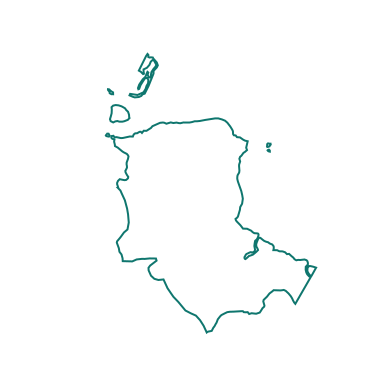 Ngermid, Koror, Palau (Albers equal-area conic projection), rotated 336°
{"feature_id": "81905179B43507284949030", "entity_name": "Ngermid", "entity_type": "district", "adm_level": 2, "iso_a3": "PLW", "parent_name": "Palau", "parent_adm1": "Koror", "projection": "albers", "projection_center": [134.502, 7.348], "detail": "fine", "context": "isolated", "style": "outline", "palette": "teal", "viewbox_px": 384, "rotation_deg": 336, "n_neighbors": 0, "source": "geoboundaries", "source_scale": "gbopen_adm2", "svg_char_len": 5391}
<svg xmlns="http://www.w3.org/2000/svg" viewBox="0 0 384 384"><g transform="rotate(336 192 192)"><path d="M148.3,326.3L148.6,326.2L149.9,326.1L153.5,326.9L156.4,324.6L157.8,323.9L160.0,322.2L161.2,321.4L163.8,318.8L167.2,317.0L168.8,316.4L172.4,316.2L175.3,316.1L178.2,316.9L180.5,317.9L188.7,321.0L190.0,321.6L190.4,322.8L191.7,323.5L192.3,323.8L194.0,324.4L194.6,326.7L197.2,327.0L198.5,327.8L201.1,329.3L204.8,329.7L206.6,328.6L209.2,326.8L211.3,326.1L212.0,325.2L212.6,321.0L213.6,319.7L218.0,318.1L220.2,316.9L221.6,316.2L225.1,315.4L226.6,314.9L232.8,317.9L234.4,318.4L236.0,318.8L237.4,320.4L238.9,323.9L239.9,327.5L240.2,330.0L240.2,332.1L240.4,334.5L240.9,336.2L266.0,317.9L264.7,316.8L263.8,314.1L263.7,312.0L264.2,309.3L265.5,306.6L268.3,305.4L269.0,304.1L269.3,302.2L268.9,300.9L267.3,299.4L263.1,298.1L261.4,297.2L259.5,296.8L258.3,295.1L257.9,293.2L256.8,291.0L255.5,288.0L253.5,287.4L252.5,284.9L250.6,283.1L247.7,281.7L246.1,279.8L242.7,278.2L243.9,276.5L244.5,274.8L244.0,272.6L242.0,270.6L241.1,268.9L239.4,267.5L238.1,266.1L237.1,264.3L235.8,261.7L234.6,261.1L233.2,261.9L230.6,264.4L229.6,265.6L229.1,266.4L228.6,268.2L228.8,269.8L228.8,271.1L228.7,271.9L226.7,272.7L224.0,273.5L222.1,274.0L219.3,273.8L218.1,273.6L216.1,274.3L214.5,274.8L213.5,275.0L213.1,274.5L213.1,273.6L213.5,272.8L214.4,272.2L215.6,271.2L216.6,270.8L218.1,270.8L220.0,270.7L221.4,270.9L221.9,271.6L223.0,271.8L224.5,271.8L225.3,271.3L226.2,270.3L226.5,268.8L227.0,266.7L228.3,264.5L229.7,262.4L230.5,262.0L231.2,262.0L231.9,261.6L232.9,261.0L234.5,259.4L234.7,259.2L234.9,258.9L235.2,258.4L235.5,257.9L235.5,257.0L235.0,256.5L233.6,255.7L232.2,255.0L231.1,253.4L230.3,251.4L227.4,248.0L223.7,246.2L222.7,242.0L220.9,237.1L220.6,235.7L220.8,234.3L222.8,233.8L224.0,233.1L228.5,227.8L229.9,225.4L233.0,223.1L235.7,218.8L236.6,215.3L237.4,211.2L238.2,201.1L238.7,198.4L239.5,196.7L240.4,195.3L243.0,193.4L244.0,191.8L245.6,187.3L246.3,186.0L248.4,183.7L248.8,180.9L250.3,179.4L251.8,179.0L253.7,177.9L254.9,177.2L256.7,176.9L259.3,176.1L259.5,173.6L263.5,168.3L261.3,166.6L260.1,165.1L258.0,161.6L255.4,160.2L254.9,158.1L253.3,157.2L253.1,155.8L254.1,153.1L254.1,151.4L253.6,147.7L252.5,143.1L251.2,140.3L248.9,137.9L246.0,135.5L243.2,134.2L233.2,131.5L228.0,130.3L225.6,129.5L223.3,128.5L220.4,128.1L217.9,127.5L212.4,125.0L209.3,124.4L208.0,123.7L206.1,122.3L203.0,121.4L200.9,119.8L196.4,119.2L194.9,117.5L193.7,116.7L190.9,115.8L182.6,115.8L180.6,116.8L175.3,117.6L172.8,116.4L170.3,117.7L169.7,116.1L168.5,115.7L165.7,116.0L164.0,115.3L162.2,115.7L160.5,117.3L157.8,116.0L150.7,114.5L148.9,113.8L145.4,111.2L143.4,110.5L143.1,108.7L141.3,108.2L140.4,109.6L140.8,110.9L142.5,112.5L141.3,114.4L140.8,117.3L140.3,118.7L142.2,121.2L144.8,126.5L145.7,127.9L147.9,130.6L148.4,132.1L148.5,133.6L147.0,135.7L144.3,138.5L143.5,140.1L143.1,141.8L142.5,143.3L141.0,144.6L139.7,145.6L139.3,147.0L139.5,150.0L139.9,152.3L139.0,153.5L136.8,154.2L135.3,153.8L133.8,152.8L131.2,150.9L129.0,151.7L127.4,153.1L126.8,154.3L126.4,158.0L125.9,157.9L127.2,161.5L127.2,164.8L127.3,172.3L126.2,179.2L126.0,180.6L124.5,186.4L121.8,194.2L117.8,200.0L113.4,201.3L108.9,203.9L107.0,204.9L103.5,206.6L102.7,207.7L102.3,213.6L101.4,217.1L102.2,220.4L101.6,224.3L100.6,227.0L109.2,231.1L114.0,231.1L119.0,232.7L121.6,233.9L126.4,235.5L132.0,238.1L131.7,240.3L123.8,242.2L121.4,243.6L120.5,246.0L120.5,251.8L122.3,256.0L125.5,258.7L130.4,260.3L130.5,269.9L131.6,276.0L132.4,280.2L134.8,286.9L137.8,297.6L141.8,302.6L145.3,306.5L147.2,312.3L148.2,318.9L148.3,325.4L148.3,326.3ZM162.5,85.1L160.2,83.0L157.6,81.5L155.1,81.0L153.0,81.8L152.3,84.0L150.6,87.4L148.6,89.9L146.7,92.1L146.5,94.2L148.3,96.4L150.6,96.3L152.7,96.8L153.9,97.9L154.4,98.3L156.9,99.4L158.9,99.8L162.7,100.0L165.0,99.0L164.9,98.5L165.9,95.8L166.2,92.7L165.2,90.2L164.9,88.4L163.8,86.8L162.5,85.1ZM207.5,47.8L205.4,49.1L192.8,59.5L193.3,60.2L194.2,61.4L194.7,62.9L195.3,64.4L196.2,64.4L196.8,62.2L197.6,60.3L201.3,60.2L204.8,58.6L207.3,56.2L209.6,55.4L210.3,55.4L210.8,57.0L211.0,59.5L211.1,61.5L209.3,62.8L206.9,63.9L203.8,65.9L202.2,68.1L201.5,69.6L200.1,70.3L199.2,69.6L199.2,66.8L200.7,65.1L200.2,64.1L198.5,65.6L197.2,67.0L195.9,68.0L192.9,69.0L187.5,72.4L184.9,75.1L184.8,76.3L185.7,76.3L188.4,73.5L192.4,70.8L195.3,69.0L197.3,69.5L197.8,71.7L196.1,74.8L193.6,76.6L191.5,79.0L189.0,80.7L188.1,81.2L181.7,81.2L175.4,77.2L174.2,78.3L176.8,81.1L178.2,82.3L182.1,83.6L184.8,83.6L186.5,82.7L188.8,82.9L195.5,77.4L205.0,68.2L205.6,66.9L206.2,65.7L208.6,64.7L210.5,63.9L212.3,62.4L212.5,59.3L211.0,54.5L210.9,54.1L210.9,53.2L209.3,52.3L209.1,52.2L207.9,51.9L207.0,50.9L207.9,49.0L207.5,47.8ZM274.6,311.6L272.4,309.6L270.0,307.8L268.8,307.3L266.8,308.2L265.4,310.7L265.2,312.1L265.4,314.1L266.0,316.2L266.6,317.5L267.1,317.2L274.6,311.6ZM157.4,67.0L157.0,68.3L158.2,69.9L159.7,70.6L160.4,68.9L159.6,67.8L158.7,66.2L158.1,64.6L157.1,63.9L156.8,64.4L156.8,64.8L157.3,66.7L157.4,67.0ZM279.1,180.7L279.1,181.5L280.3,181.8L281.4,181.8L281.5,181.7L281.9,181.3L283.2,180.7L283.4,179.8L282.5,179.5L281.9,178.9L281.1,178.5L280.1,178.9L279.7,180.0L279.1,180.7ZM136.9,104.9L136.3,105.3L136.5,106.1L137.4,106.7L138.0,107.3L139.0,107.6L139.6,107.0L139.6,105.7L139.5,104.8L138.3,104.2L137.8,104.5L136.9,104.9ZM278.0,184.7L278.1,185.3L278.5,186.0L279.5,186.8L279.9,186.0L279.8,185.1L279.5,184.6L278.7,184.5L278.0,184.7Z" fill="none" stroke="#0f766e" stroke-width="2"/></g></svg>